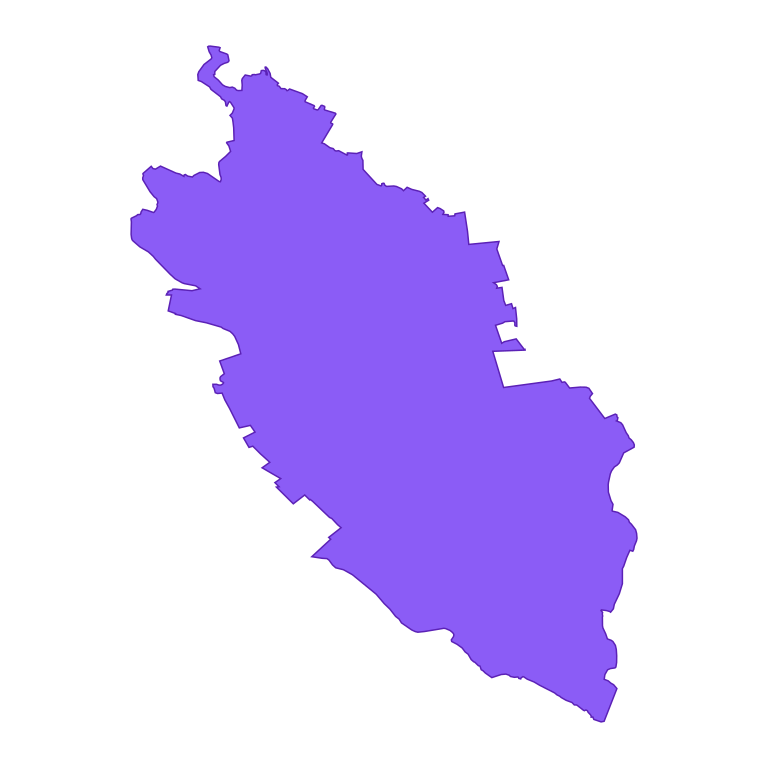 Pasareni, Mures, Romania (Robinson projection)
{"feature_id": "2599482B7077301459992", "entity_name": "Pasareni", "entity_type": "district", "adm_level": 2, "iso_a3": "ROU", "parent_name": "Romania", "parent_adm1": "Mures", "projection": "robinson", "projection_center": [24.7, 46.483], "detail": "fine", "context": "isolated", "style": "filled", "palette": "violet", "viewbox_px": 768, "rotation_deg": 0, "n_neighbors": 0, "source": "geoboundaries", "source_scale": "gbopen_adm2", "svg_char_len": 6054}
<svg xmlns="http://www.w3.org/2000/svg" viewBox="0 0 768 768"><path d="M616.9,688.6L613.6,684.7L610.8,683.1L608.3,680.9L604.2,679.3L604.9,674.6L607.6,669.8L610.3,668.6L615.0,667.9L615.9,667.0L616.6,662.5L616.7,655.8L616.3,649.5L615.4,645.4L612.9,641.5L611.2,640.3L607.4,638.9L605.7,633.9L602.9,627.9L602.5,625.8L602.4,617.0L602.7,616.1L602.3,614.0L602.6,612.4L601.0,610.5L601.4,609.9L606.6,610.6L609.7,611.5L610.6,612.2L613.4,608.8L614.3,604.3L619.3,593.8L622.4,583.7L622.4,568.6L623.7,566.2L626.7,557.5L629.9,550.3L632.8,551.2L633.7,549.5L634.4,545.9L636.5,540.8L637.0,538.2L636.6,533.4L635.6,529.7L631.4,524.2L629.4,522.3L628.5,519.8L625.2,516.8L617.9,512.4L612.3,511.1L612.1,510.6L613.0,504.3L611.0,500.7L608.4,492.2L608.2,484.7L608.5,482.3L610.3,473.9L611.6,470.8L614.4,466.9L617.3,465.0L619.3,462.9L623.7,452.9L634.1,447.2L634.3,444.9L633.4,442.6L631.3,439.9L629.0,437.9L628.3,435.7L626.2,432.7L622.6,424.8L620.8,422.7L616.5,420.9L617.3,420.4L617.9,417.7L617.0,416.8L616.8,414.9L615.3,414.1L604.8,418.5L589.5,398.3L590.3,396.2L592.5,393.6L588.9,388.3L586.1,387.2L580.2,387.1L569.6,388.0L565.3,382.3L564.4,381.9L562.0,382.4L559.8,379.0L551.5,381.0L503.6,387.5L492.8,351.3L525.1,350.1L525.0,349.3L524.2,349.4L516.2,338.9L504.3,341.7L501.7,343.3L495.5,325.3L502.7,323.1L504.9,321.7L513.1,321.0L513.9,321.2L514.9,322.7L514.8,325.2L515.2,325.9L516.8,326.3L516.7,318.9L515.5,307.5L513.0,308.6L511.5,303.7L505.7,305.4L503.8,300.5L502.0,287.4L496.7,288.2L497.3,286.6L497.0,285.7L496.3,284.6L493.6,282.7L508.7,279.8L503.7,265.4L502.6,265.5L496.8,249.0L499.0,241.5L468.8,244.4L467.5,231.2L464.6,212.1L455.0,213.9L454.7,215.8L448.2,216.3L448.1,214.7L442.9,214.4L444.0,212.3L443.7,210.9L440.2,208.6L437.6,207.6L432.4,212.2L423.9,203.2L428.7,200.2L428.0,198.6L425.9,200.0L423.6,197.4L425.5,196.2L421.9,192.5L419.4,191.3L411.8,189.4L407.1,187.3L403.5,190.7L401.6,188.8L396.5,186.5L393.8,186.0L386.5,186.4L384.8,185.2L384.1,183.4L383.2,183.2L381.8,183.7L381.6,185.4L381.0,185.9L376.9,184.4L363.1,169.4L362.9,160.4L361.8,158.2L361.3,156.2L361.9,151.8L356.8,153.5L347.7,152.9L347.2,153.1L347.6,154.7L347.0,155.1L338.7,150.7L336.1,151.0L334.9,150.6L333.2,148.6L329.9,147.7L324.4,143.8L321.7,142.9L332.7,124.5L332.6,123.8L330.8,123.0L330.7,122.3L335.9,114.0L335.4,113.2L324.8,110.0L324.3,109.4L324.8,107.1L324.6,106.4L322.0,105.3L321.1,105.5L318.2,109.6L317.2,110.0L313.8,108.8L313.4,108.1L314.5,106.4L314.1,105.6L305.2,101.8L305.0,101.0L305.4,100.0L307.3,96.8L302.5,93.7L289.6,89.0L287.6,90.6L286.8,90.6L286.2,89.6L284.7,88.7L281.0,88.6L279.3,86.3L277.4,85.6L277.4,84.4L278.4,83.2L270.8,77.3L270.1,73.4L267.6,68.7L265.9,67.0L265.2,67.1L265.1,67.8L267.1,72.9L267.3,74.2L267.0,75.0L266.1,74.6L265.9,71.9L265.2,71.2L263.9,70.4L262.5,70.4L261.3,70.6L260.7,73.2L259.8,73.9L255.2,74.8L254.4,74.5L252.2,74.7L251.8,75.7L250.7,76.1L245.2,75.0L242.3,78.6L241.8,80.3L242.2,85.0L241.9,90.4L238.4,90.6L236.6,90.2L234.8,88.2L232.3,87.1L229.7,87.6L225.2,86.4L222.5,84.8L218.2,80.0L214.1,76.7L213.6,74.6L214.8,74.4L214.8,71.5L220.5,65.3L224.2,63.4L227.7,62.3L228.6,61.5L229.0,60.6L227.8,54.8L226.8,54.0L219.8,51.5L219.2,50.5L220.1,47.7L218.9,47.2L210.3,46.1L208.6,46.2L207.7,46.8L209.2,51.8L211.1,55.1L211.8,57.8L211.2,58.9L204.0,64.5L198.8,71.7L197.8,74.5L198.2,80.4L201.3,81.5L209.6,86.9L211.0,89.4L220.5,96.7L221.6,98.8L224.4,100.4L225.4,101.9L226.0,105.6L226.9,106.1L228.8,102.2L229.6,101.6L230.6,102.4L234.0,107.7L234.0,109.0L232.3,113.1L230.0,115.4L232.4,118.2L233.0,121.9L233.7,127.9L234.1,140.5L226.9,142.2L226.6,142.8L228.9,146.0L230.6,151.4L225.6,156.4L219.5,161.5L218.9,162.6L218.7,164.6L220.0,174.6L221.1,177.5L221.2,179.5L220.4,181.7L219.1,181.5L207.5,173.5L203.4,172.3L199.7,172.5L194.0,175.4L192.4,177.0L187.7,176.1L185.4,174.5L184.2,174.9L183.9,176.4L179.8,174.0L176.0,173.1L160.5,166.1L155.5,169.1L153.0,168.6L151.2,166.3L143.1,173.4L142.9,173.9L143.5,175.6L142.7,177.9L142.8,179.7L150.1,191.8L154.1,196.7L156.6,198.6L157.8,201.9L157.8,202.9L157.0,204.5L157.5,206.1L156.3,209.3L154.1,212.2L153.5,212.5L147.2,210.3L142.8,209.3L141.1,211.9L140.7,213.7L140.0,214.5L137.7,214.6L136.5,215.7L131.4,218.2L131.0,218.9L131.4,221.9L131.1,234.4L131.6,238.2L132.1,239.8L133.0,240.9L139.9,246.9L148.4,251.9L153.2,256.3L155.6,259.3L170.2,274.3L175.1,278.8L182.1,282.8L184.3,283.6L195.6,285.8L200.1,288.8L192.0,290.7L175.0,289.1L172.8,289.2L172.4,290.1L168.0,291.4L168.1,292.4L166.9,293.5L166.3,295.0L171.5,295.0L168.2,310.9L175.6,313.6L175.4,314.3L181.1,315.5L195.5,320.6L206.4,322.8L221.2,327.1L223.1,328.5L229.9,331.3L232.7,333.8L234.7,336.4L238.4,344.5L240.8,353.8L219.7,361.0L224.3,373.7L220.6,376.6L220.0,377.9L220.1,379.8L220.5,380.8L223.5,382.5L223.5,383.0L222.5,384.2L220.7,385.1L218.9,385.1L216.6,384.3L212.9,384.3L213.0,386.7L214.1,388.3L215.3,392.7L217.5,393.5L222.1,393.1L224.9,400.0L229.6,408.5L239.3,427.9L250.4,425.4L255.0,432.1L243.5,437.9L249.0,447.4L252.8,446.2L260.5,453.9L269.8,462.3L262.1,467.8L280.7,478.6L274.9,482.6L279.0,486.7L276.4,487.1L293.3,503.8L304.7,495.0L309.7,499.9L310.2,499.5L312.5,501.2L329.5,517.4L331.8,518.5L337.6,524.7L341.1,527.7L328.7,537.4L330.7,539.2L311.8,556.7L322.2,558.3L327.0,558.6L329.0,560.1L332.5,564.9L335.7,567.8L343.4,569.7L352.4,574.7L376.2,594.2L384.2,603.6L389.9,609.1L395.6,616.4L399.1,619.1L401.5,622.9L411.8,630.0L415.3,631.6L417.8,632.2L424.6,631.5L443.9,628.3L445.7,628.6L450.1,630.5L452.4,632.4L453.5,633.7L453.9,634.9L453.5,636.6L451.3,639.9L451.7,641.5L457.1,644.3L462.2,648.0L465.1,651.9L468.1,654.2L471.2,659.6L473.7,661.8L474.8,662.2L478.4,665.7L480.0,666.1L481.2,669.7L483.1,670.8L485.3,673.0L491.8,677.6L501.3,674.5L505.9,674.1L509.1,675.2L510.5,676.5L514.4,677.3L517.5,677.0L518.4,677.3L518.8,678.4L520.7,678.9L521.0,678.0L522.9,676.6L524.0,677.0L527.1,679.1L534.1,682.0L539.7,685.3L554.6,692.9L557.0,694.9L559.7,696.2L561.2,697.5L566.1,700.3L572.0,702.5L574.3,704.9L576.7,705.0L583.5,710.3L584.5,710.7L585.5,710.1L586.5,710.2L587.5,710.9L588.1,712.3L590.5,714.8L591.2,716.0L591.1,717.1L592.9,717.1L593.8,719.4L601.1,721.9L604.1,721.3L616.9,688.6Z" fill="#8b5cf6" stroke="#5b21b6" stroke-width="1.5"/></svg>